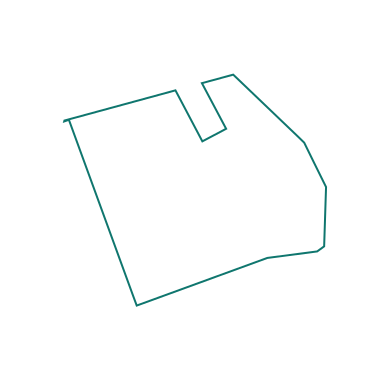 56, Ar Rayyān, Qatar (Mercator projection), rotated 15°
{"feature_id": "91078587B78066269672175", "entity_name": "56", "entity_type": "district", "adm_level": 2, "iso_a3": "QAT", "parent_name": "Qatar", "parent_adm1": "Ar Rayyān", "projection": "mercator", "projection_center": [51.499, 25.212], "detail": "fine", "context": "isolated", "style": "outline", "palette": "teal", "viewbox_px": 384, "rotation_deg": 15, "n_neighbors": 0, "source": "geoboundaries", "source_scale": "gbopen_adm2", "svg_char_len": 422}
<svg xmlns="http://www.w3.org/2000/svg" viewBox="0 0 384 384"><g transform="rotate(15 192 192)"><path d="M333.7,210.3L333.2,208.1L323.3,165.8L320.2,152.5L302.1,131.9L287.6,115.3L281.2,111.7L202.2,68.4L201.4,68.0L173.4,84.3L208.6,122.1L188.9,140.4L149.7,98.1L50.3,156.0L50.3,156.9L54.4,154.1L162.4,308.1L168.0,316.0L236.9,267.7L281.8,236.2L328.3,217.0L333.7,210.3Z" fill="none" stroke="#0f766e" stroke-width="2"/></g></svg>